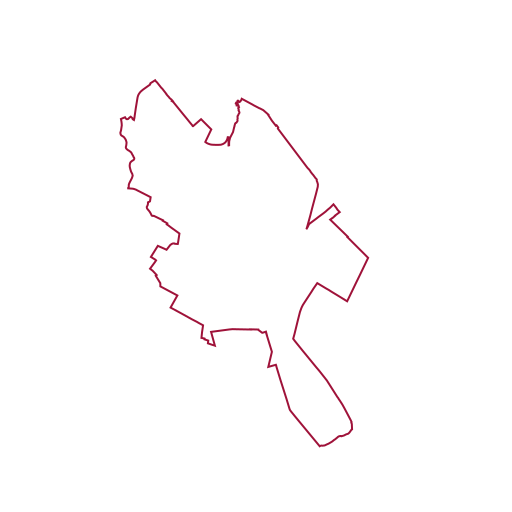 the district of Ploiesti, Prahova, Romania, rotated 247°
{"feature_id": "2599482B50570705182047", "entity_name": "Ploiesti", "entity_type": "district", "adm_level": 2, "iso_a3": "ROU", "parent_name": "Romania", "parent_adm1": "Prahova", "projection": "equal_earth", "projection_center": [26.026, 44.932], "detail": "fine", "context": "isolated", "style": "outline", "palette": "rose", "viewbox_px": 512, "rotation_deg": 247, "n_neighbors": 0, "source": "geoboundaries", "source_scale": "gbopen_adm2", "svg_char_len": 5919}
<svg xmlns="http://www.w3.org/2000/svg" viewBox="0 0 512 512"><g transform="rotate(247 256 256)"><path d="M210.5,358.5L237.7,347.5L237.9,348.0L260.5,338.5L260.9,340.2L261.1,340.8L261.0,341.1L262.1,344.5L262.3,344.5L263.7,350.2L266.7,349.1L268.3,348.8L269.0,348.7L272.6,347.7L273.3,347.5L271.5,343.1L270.6,340.0L270.4,339.6L270.2,338.8L269.9,338.1L269.7,337.5L268.9,334.5L267.5,328.6L266.9,326.4L264.8,317.9L264.5,317.2L264.2,316.8L262.5,314.9L261.1,313.0L260.9,312.7L261.2,313.1L262.4,314.1L264.1,315.5L265.5,316.6L269.4,319.7L271.8,321.6L272.3,322.0L278.0,326.3L289.9,335.6L295.6,339.9L297.8,341.0L300.1,341.3L301.6,341.3L302.5,341.8L303.3,341.7L304.5,341.2L308.4,340.3L308.8,340.1L310.9,339.5L312.1,339.2L313.2,339.1L314.4,338.8L315.1,338.6L316.5,338.0L317.9,337.6L364.8,325.9L365.6,326.7L368.3,326.0L368.1,325.2L371.4,324.3L374.4,323.5L379.1,322.7L381.3,322.3L381.4,322.6L387.4,319.7L389.7,317.8L390.4,317.2L390.8,316.7L391.1,316.5L395.7,312.7L396.7,312.0L403.7,306.4L406.3,304.3L405.7,303.8L405.0,302.9L404.4,301.9L404.2,301.2L404.2,300.9L404.4,300.6L404.7,300.5L405.2,300.5L405.9,300.3L406.1,300.1L406.1,299.7L405.7,299.3L404.8,298.7L404.7,298.0L404.9,297.7L404.4,297.0L404.2,296.9L404.0,297.0L404.3,297.5L404.1,297.9L404.0,298.3L403.6,298.5L403.4,298.7L403.1,298.6L402.9,298.4L402.4,298.0L402.4,297.4L402.1,297.4L402.1,297.5L402.2,298.1L402.3,298.5L402.0,298.6L401.4,298.6L401.4,298.3L401.2,298.6L400.3,298.3L400.0,298.4L399.9,298.5L399.6,298.5L399.5,298.2L399.5,297.9L399.2,297.5L399.1,297.4L398.5,297.4L398.2,297.3L397.9,297.4L397.6,297.3L397.3,297.2L396.7,297.0L396.6,296.8L395.8,296.9L394.8,296.9L394.5,296.8L394.0,296.4L393.4,295.4L392.7,294.7L392.3,294.4L392.2,293.9L391.9,293.7L391.5,293.4L390.2,293.0L389.8,292.9L389.1,292.3L388.9,292.2L387.8,291.9L387.5,291.7L387.1,291.2L386.9,290.7L386.5,290.3L386.4,290.0L386.3,289.6L386.4,289.3L386.1,288.6L384.0,286.9L383.5,286.7L383.2,286.3L379.1,283.3L378.5,282.6L375.6,279.1L374.7,278.1L374.1,277.7L372.3,276.3L370.5,275.4L368.4,274.5L368.4,274.1L368.5,273.9L370.7,274.9L376.1,277.0L376.4,276.4L375.7,275.9L374.7,275.1L373.9,274.2L373.1,273.1L372.6,272.2L372.3,271.2L372.1,270.2L372.0,269.4L372.1,267.6L372.2,267.1L372.4,266.4L372.9,265.1L374.3,261.8L375.2,259.9L375.8,258.7L376.6,257.5L377.4,256.6L377.9,256.0L379.4,254.7L380.8,253.9L390.0,264.3L396.2,261.8L403.4,258.9L400.1,248.8L400.1,248.7L400.3,248.5L401.2,248.4L404.8,247.3L408.7,246.2L415.1,244.3L430.1,240.0L431.2,239.3L431.2,239.9L433.0,239.3L434.9,238.3L435.8,238.0L436.1,238.0L438.6,237.1L440.1,236.7L440.2,236.8L446.6,235.1L448.0,234.5L454.6,232.7L455.2,232.4L456.2,232.0L457.2,231.8L457.0,230.8L456.6,228.4L456.6,228.2L456.4,227.2L456.4,226.8L456.2,226.2L455.9,225.9L455.7,225.9L455.4,225.6L455.2,225.5L453.3,217.0L452.5,214.4L451.9,213.1L450.9,211.5L450.0,210.4L449.1,209.6L448.2,208.9L439.2,203.2L432.6,199.2L430.7,198.1L428.9,196.8L429.9,196.1L430.2,196.5L430.3,196.5L433.2,195.1L432.9,193.8L432.2,192.0L432.1,191.7L432.2,191.3L432.3,190.8L432.8,190.3L432.8,190.2L434.5,189.6L434.9,189.6L434.9,185.2L432.5,184.7L430.7,184.2L428.7,183.5L424.3,180.8L423.6,180.2L422.3,179.2L421.6,179.1L420.6,178.9L419.8,179.1L419.5,179.2L417.7,180.5L416.7,181.0L414.2,181.5L413.6,181.5L412.3,181.4L411.1,181.2L410.5,180.9L408.7,179.9L407.2,178.8L406.8,178.6L406.0,178.5L405.1,178.7L404.4,179.0L403.2,179.7L402.5,180.3L400.9,181.2L400.3,181.5L399.3,181.7L398.5,181.7L396.3,182.0L394.7,182.0L394.1,182.2L393.5,182.1L393.0,181.9L392.4,181.2L392.2,180.7L392.1,180.0L392.0,179.2L391.5,177.5L391.0,176.7L390.2,176.0L388.7,175.1L387.3,174.6L384.9,174.2L383.9,174.1L382.9,174.0L381.5,174.0L380.2,174.2L378.9,174.0L378.2,173.9L377.3,173.2L376.1,172.1L373.2,168.6L372.2,167.5L371.2,166.7L369.4,165.9L369.0,165.6L368.8,165.1L368.2,164.8L366.3,168.5L365.9,169.2L365.1,170.2L363.9,171.5L363.0,172.2L351.3,182.0L349.7,181.0L347.8,179.8L347.6,179.3L347.7,177.7L347.4,177.4L346.3,177.0L345.8,176.6L345.1,176.1L343.8,174.6L343.1,174.4L342.4,174.3L341.4,174.5L339.2,175.2L337.8,175.5L336.1,175.7L334.1,175.8L333.8,175.9L333.2,176.7L333.0,177.1L333.0,177.4L332.8,177.7L330.3,179.9L328.2,181.7L325.3,184.3L324.9,183.9L320.7,187.1L320.3,186.6L320.0,186.2L318.5,187.2L315.0,189.2L306.6,194.3L300.9,190.8L297.7,188.8L297.6,188.7L299.0,186.0L299.4,185.8L299.8,185.0L300.0,184.3L300.0,183.0L299.6,181.3L296.7,176.1L298.7,174.3L303.7,169.6L296.2,158.9L292.1,161.8L291.0,162.3L290.0,160.8L285.7,153.5L282.8,155.1L281.2,155.7L277.3,157.1L277.0,156.0L268.4,157.3L265.4,156.1L250.4,168.2L241.9,157.2L233.5,163.9L223.0,172.1L218.3,176.0L216.9,177.0L212.9,180.2L207.0,176.6L201.9,173.8L200.3,176.2L200.1,176.4L199.4,176.0L196.8,179.0L194.4,177.6L190.9,181.5L189.5,183.1L203.7,185.0L198.8,202.8L197.8,205.9L196.3,209.2L190.4,222.4L190.6,222.4L187.4,229.4L187.0,229.3L182.9,231.7L182.7,232.8L182.5,235.6L179.7,235.2L179.8,235.1L161.6,233.2L149.1,224.0L148.1,231.8L146.8,231.7L146.6,231.6L132.6,230.1L112.2,228.2L102.9,227.2L101.9,227.1L100.9,227.1L100.5,227.2L99.2,227.5L93.3,229.2L87.2,231.0L81.5,232.7L56.0,240.3L56.1,240.7L56.0,242.0L55.3,243.3L55.1,244.2L54.8,245.1L54.8,245.4L54.8,246.2L54.9,247.2L54.9,248.9L54.9,249.4L55.0,250.3L55.1,250.9L55.2,251.9L55.5,253.8L56.1,255.8L56.4,257.5L56.6,258.1L56.8,258.7L57.1,259.8L57.5,260.9L57.6,261.8L57.5,262.6L57.4,263.2L57.2,263.7L57.1,263.9L56.8,264.0L56.7,264.2L56.7,264.4L56.4,266.8L56.6,269.3L56.4,271.3L56.5,271.7L56.8,272.6L57.1,273.2L57.7,274.2L59.0,276.3L58.8,276.3L58.9,276.7L64.0,278.6L65.4,278.6L65.6,278.8L65.8,279.1L68.4,279.0L73.2,278.6L81.4,277.9L85.2,277.5L89.4,276.8L92.4,276.2L93.0,276.2L94.4,275.8L113.7,272.6L125.8,269.3L130.3,267.9L151.1,261.8L162.7,258.5L165.3,257.9L169.2,261.0L179.8,268.9L187.3,274.6L190.2,277.3L190.8,277.9L192.1,279.4L192.6,280.0L194.1,282.2L201.4,293.1L203.5,296.1L207.1,301.8L198.8,307.8L196.2,309.8L194.4,311.0L192.7,312.2L188.0,315.6L178.7,322.2L187.8,332.6L192.2,337.6L198.1,344.4L210.5,358.5Z" fill="none" stroke="#9f1239" stroke-width="2"/></g></svg>